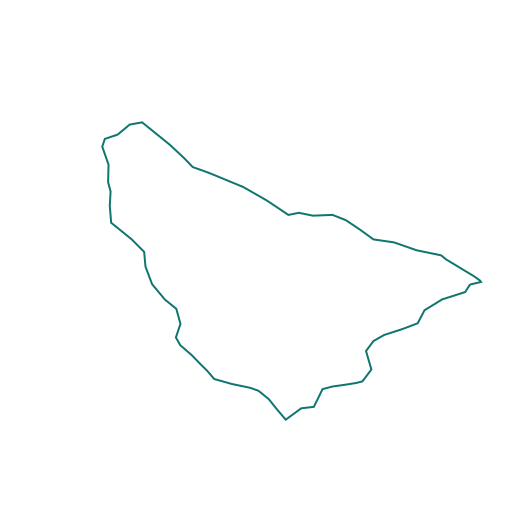 Ordubad District, Ordubad, Azerbaijan, rotated 309°
{"feature_id": "54616110B24607032839399", "entity_name": "Ordubad District", "entity_type": "district", "adm_level": 2, "iso_a3": "AZE", "parent_name": "Azerbaijan", "parent_adm1": "Ordubad", "projection": "equal_earth", "projection_center": [45.94, 39.075], "detail": "fine", "context": "isolated", "style": "outline", "palette": "teal", "viewbox_px": 512, "rotation_deg": 309, "n_neighbors": 0, "source": "geoboundaries", "source_scale": "gbopen_adm2", "svg_char_len": 1045}
<svg xmlns="http://www.w3.org/2000/svg" viewBox="0 0 512 512"><g transform="rotate(309 256 256)"><path d="M147.7,381.2L147.5,382.1L166.1,387.0L175.2,395.9L194.4,391.5L202.5,397.4L212.6,406.8L220.3,413.7L225.5,417.6L240.4,417.1L251.4,401.3L263.8,400.8L275.3,405.3L291.1,415.6L305.5,424.0L319.9,421.1L339.5,428.0L359.7,441.3L367.8,440.3L369.2,440.8L377.4,447.2L377.9,445.7L377.7,442.1L377.4,437.8L373.0,406.3L373.0,399.4L361.5,377.2L353.4,354.6L342.8,336.8L341.9,319.6L340.4,303.4L336.1,289.6L323.2,274.9L316.5,262.1L308.3,255.3L305.9,229.3L301.6,202.8L291.1,167.5L285.3,150.9L286.8,138.6L288.2,119.5L288.2,109.8L288.2,98.0L288.2,83.4L278.6,75.1L263.3,72.1L251.9,64.8L251.5,65.0L244.2,67.7L234.2,83.9L220.3,94.6L214.6,102.4L203.1,110.7L190.7,122.5L190.7,131.8L190.7,148.9L188.8,166.5L178.2,176.8L168.7,193.0L164.8,212.6L164.8,227.3L155.7,240.0L142.3,245.0L139.0,253.3L138.5,268.5L137.0,280.8L136.1,290.1L134.1,300.9L141.3,317.7L149.9,334.4L152.8,342.7L152.8,356.0L149.9,369.3L147.7,381.2Z" fill="none" stroke="#0f766e" stroke-width="2"/></g></svg>